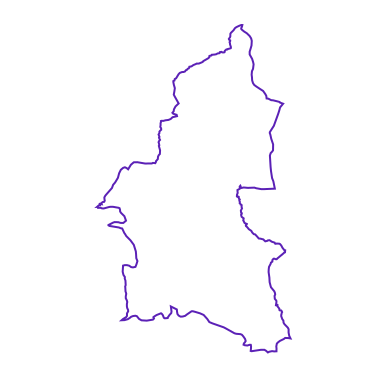 outline of Kabalo, Katanga, Democratic Republic of the Congo, rotated 267°
{"feature_id": "63176286B58583497580401", "entity_name": "Kabalo", "entity_type": "district", "adm_level": 2, "iso_a3": "COD", "parent_name": "Democratic Republic of the Congo", "parent_adm1": "Katanga", "projection": "natural_earth1", "projection_center": [26.919, -6.185], "detail": "fine", "context": "isolated", "style": "outline", "palette": "violet", "viewbox_px": 384, "rotation_deg": 267, "n_neighbors": 0, "source": "geoboundaries", "source_scale": "gbopen_adm2", "svg_char_len": 5952}
<svg xmlns="http://www.w3.org/2000/svg" viewBox="0 0 384 384"><g transform="rotate(267 192 192)"><path d="M203.3,113.6L200.2,112.3L193.5,105.8L192.8,105.2L191.2,104.2L189.7,104.2L187.9,104.4L186.8,103.8L186.6,102.2L185.6,100.9L185.0,101.0L184.7,101.1L185.2,99.7L185.1,99.4L185.0,99.2L183.6,99.5L183.6,98.3L182.1,96.4L182.1,97.1L181.1,97.3L181.0,99.8L180.3,101.4L180.2,103.1L181.4,108.6L181.5,110.3L181.3,112.6L180.7,115.1L180.1,117.8L179.6,118.8L178.0,119.2L176.3,119.2L174.9,120.0L171.4,123.2L166.8,124.6L164.7,121.8L164.9,118.9L165.7,116.8L166.0,113.1L165.6,111.7L163.4,106.8L163.1,106.8L162.4,107.9L161.8,110.7L160.4,117.1L159.6,118.8L159.2,120.4L154.7,122.2L153.3,123.1L151.5,124.0L149.7,125.6L147.0,128.0L142.3,131.1L135.6,132.8L132.8,132.9L128.8,132.9L125.9,133.9L122.6,132.7L120.2,131.6L119.8,129.1L120.2,127.3L121.7,125.4L122.4,123.1L122.5,121.1L122.1,119.3L116.0,118.6L112.8,119.2L110.6,120.5L109.1,120.3L107.0,120.9L105.4,120.9L102.5,120.9L101.0,120.3L100.0,120.4L96.2,120.4L95.2,120.7L93.8,121.0L91.3,120.4L89.4,120.3L87.3,121.2L85.6,121.6L83.5,121.1L81.2,121.0L79.6,121.2L77.5,122.0L76.1,122.0L75.9,121.8L74.1,120.7L71.7,120.6L70.5,119.7L68.8,116.5L67.6,115.0L67.6,116.4L67.6,118.0L68.4,121.4L69.6,123.4L70.6,124.7L71.2,126.6L71.4,128.9L70.9,130.4L68.0,132.5L66.5,134.9L65.9,140.1L66.6,146.3L67.6,147.4L69.0,146.9L69.6,147.7L71.0,150.2L72.5,154.7L72.0,155.4L70.6,156.4L67.9,157.3L67.3,158.2L67.4,161.1L67.9,161.2L70.5,163.2L72.1,164.9L73.7,165.3L78.8,164.9L75.5,170.7L73.2,170.8L70.9,171.1L69.3,172.2L68.2,173.9L68.1,176.1L68.7,178.7L69.9,180.4L72.9,185.3L72.9,186.5L72.1,189.0L70.4,193.7L68.6,197.2L64.4,200.6L61.2,202.5L59.7,205.6L57.0,212.2L55.2,216.6L54.0,218.6L48.7,227.0L48.1,228.7L47.5,233.0L46.8,234.4L45.1,235.7L42.5,237.3L40.4,237.8L38.9,236.8L38.1,235.9L36.8,235.5L36.2,236.7L35.8,239.3L36.4,241.5L36.3,242.7L34.9,242.9L32.6,242.7L30.2,242.3L29.9,243.2L30.8,252.5L30.6,256.1L29.6,257.6L27.8,259.4L28.4,260.6L28.9,263.6L28.5,265.8L28.5,268.0L31.2,268.2L33.4,268.1L36.2,268.8L37.4,270.1L38.7,272.0L40.4,276.0L41.4,277.4L41.1,280.5L40.6,282.7L43.2,281.6L45.1,281.3L46.6,281.1L49.9,281.3L51.5,280.6L55.2,277.4L56.7,276.6L58.9,276.5L60.1,275.6L63.3,274.6L64.7,274.7L65.3,275.0L66.5,275.2L67.3,275.7L68.4,275.3L69.0,274.9L69.2,273.5L69.6,273.1L70.9,273.1L73.5,271.3L74.7,271.5L75.0,271.1L74.4,270.3L74.5,269.9L77.9,270.6L79.1,270.5L81.0,269.1L83.9,269.0L85.2,269.7L86.7,269.6L88.5,269.0L92.7,265.9L93.9,265.6L97.9,264.8L102.5,264.8L108.1,264.3L111.0,264.6L113.2,265.0L116.2,266.8L117.3,267.1L118.3,268.6L119.8,268.7L121.0,269.8L121.2,270.4L120.4,272.4L120.5,273.1L121.2,273.8L126.2,280.5L126.7,280.8L126.9,281.7L128.9,282.0L129.2,281.1L131.6,279.4L133.8,278.4L135.3,277.3L135.8,276.5L136.1,273.9L135.9,273.0L136.0,272.4L137.1,271.9L138.3,268.8L138.9,268.2L139.8,266.9L139.7,265.2L139.3,264.7L138.9,262.6L139.8,261.7L140.9,260.8L141.8,258.0L142.1,256.2L143.6,255.1L146.3,252.9L146.7,251.5L148.4,250.0L150.1,249.2L151.9,246.8L154.0,245.3L155.2,244.1L156.0,244.0L156.7,244.9L157.2,245.1L158.3,242.9L161.0,241.7L161.4,242.0L162.4,241.9L163.0,242.2L164.6,240.3L166.1,239.9L166.9,239.9L167.6,240.6L168.3,240.6L168.7,240.0L170.8,239.8L173.1,241.1L174.4,240.7L175.8,240.9L176.5,240.8L176.9,239.9L177.5,239.8L178.4,239.0L179.5,239.3L180.9,238.8L181.3,238.9L182.1,239.3L182.8,238.5L184.8,238.4L185.1,237.7L184.8,237.1L185.2,236.6L187.0,236.8L188.7,237.6L189.5,237.5L191.6,237.5L192.7,239.8L193.0,240.0L194.1,239.9L194.3,239.9L194.9,239.9L195.7,240.6L195.0,240.9L193.9,240.5L193.3,240.6L193.4,241.3L193.8,243.9L193.2,248.0L193.1,254.5L193.0,254.8L192.4,256.3L191.2,261.5L191.1,263.9L191.0,274.9L198.4,273.8L201.7,272.7L208.7,272.0L212.9,271.8L224.3,271.7L226.7,272.6L228.2,274.2L229.4,275.1L235.3,275.5L241.1,273.9L245.4,273.2L246.5,272.8L247.6,272.8L249.2,273.9L253.8,277.2L265.4,282.1L268.8,283.4L271.9,284.4L275.4,287.6L276.7,284.5L277.3,284.2L278.0,282.1L279.4,277.5L279.5,276.0L281.2,273.1L281.5,271.4L284.2,271.2L286.0,270.3L289.2,268.3L291.8,264.7L294.1,261.6L295.7,259.7L297.6,258.6L300.4,257.9L303.3,257.9L306.1,257.7L309.5,258.2L311.8,259.4L316.3,260.2L318.7,259.8L321.8,259.0L326.3,256.8L329.0,256.9L332.3,258.1L335.2,259.1L339.8,259.6L342.3,259.1L344.8,257.7L347.7,255.0L349.4,252.6L351.0,250.8L351.6,250.2L352.3,249.7L353.0,249.7L354.4,250.5L356.1,251.0L356.2,250.0L355.5,247.8L354.3,244.9L353.3,243.4L351.4,242.0L348.9,239.2L348.0,238.6L345.4,238.4L344.6,238.1L342.9,236.8L342.2,237.0L341.4,238.1L340.6,238.0L339.8,237.4L339.3,237.4L338.6,237.7L337.4,237.7L334.9,238.4L333.8,238.4L333.5,238.1L332.8,234.8L332.5,234.7L332.5,233.7L331.3,232.2L329.9,231.8L329.7,231.2L329.8,229.5L330.4,228.8L330.3,227.7L330.2,227.2L329.7,227.2L329.2,226.7L329.0,224.7L328.3,223.4L328.1,221.9L328.0,219.7L328.0,218.9L327.3,218.5L327.1,217.0L326.8,216.4L325.8,216.4L324.8,215.4L322.1,210.1L321.5,209.7L321.0,208.7L319.9,205.6L320.0,203.3L319.6,202.6L318.7,200.0L317.5,198.1L317.2,195.9L316.3,195.7L315.6,195.2L315.3,194.2L314.2,193.2L313.9,192.2L312.8,191.4L312.3,190.0L312.3,188.3L311.6,186.1L310.4,184.8L306.4,182.1L305.7,180.7L304.2,180.3L303.8,179.2L302.9,179.1L300.0,179.5L296.6,180.3L293.1,179.6L290.2,178.9L288.6,179.6L281.1,183.3L280.2,182.2L278.3,180.0L275.5,178.3L273.5,177.9L272.1,176.6L271.1,177.4L269.9,180.7L268.5,181.0L267.7,176.5L266.0,174.5L265.2,172.2L265.0,169.3L264.5,167.0L264.7,165.5L264.5,164.7L263.6,164.7L262.3,164.2L261.8,164.2L260.2,164.1L259.2,163.8L258.4,163.8L257.3,164.5L255.8,164.5L254.7,163.2L253.9,162.6L252.4,162.5L251.2,161.6L248.7,162.4L248.1,161.9L247.5,162.0L245.7,162.8L244.8,161.9L243.5,161.2L242.9,161.4L242.7,161.5L242.3,161.5L240.4,161.8L239.8,161.3L235.3,162.3L231.6,161.9L230.5,160.7L229.0,159.9L226.7,159.6L224.6,157.6L223.8,157.5L223.6,157.4L222.7,156.8L222.9,155.9L223.1,154.4L222.6,153.4L222.9,146.6L224.6,139.0L224.7,135.4L222.4,132.4L218.0,129.4L219.3,128.0L220.2,126.3L219.7,124.5L217.9,122.1L214.5,120.2L210.1,118.8L205.5,115.7L203.3,113.6Z" fill="none" stroke="#5b21b6" stroke-width="2"/></g></svg>